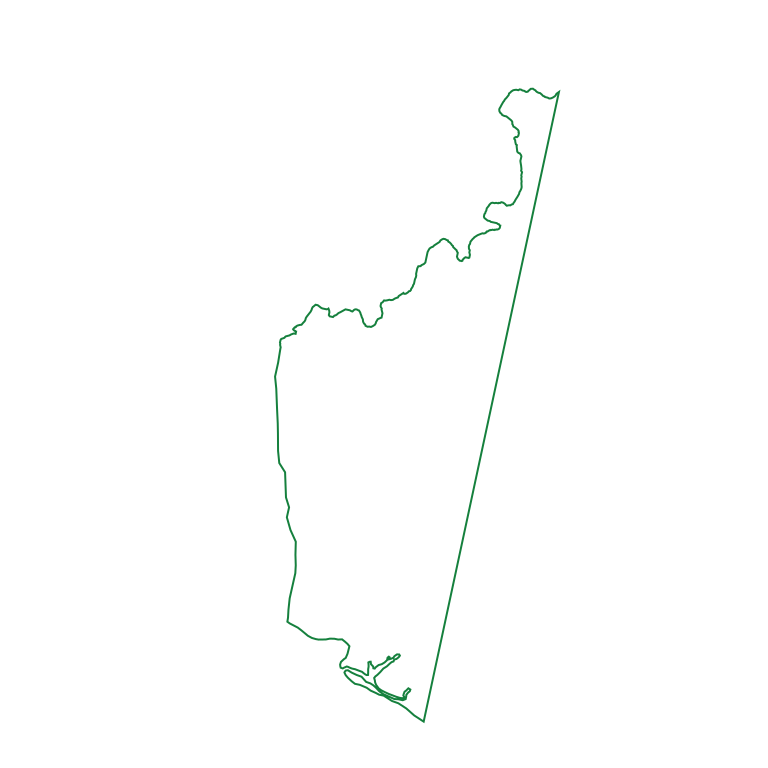 Juan Francisco Bulnes, Gracias a Dios, Honduras, rotated 192°
{"feature_id": "27666195B12686081930969", "entity_name": "Juan Francisco Bulnes", "entity_type": "district", "adm_level": 2, "iso_a3": "HND", "parent_name": "Honduras", "parent_adm1": "Gracias a Dios", "projection": "orthographic", "projection_center": [-84.929, 15.724], "detail": "fine", "context": "isolated", "style": "outline", "palette": "green", "viewbox_px": 768, "rotation_deg": 192, "n_neighbors": 0, "source": "geoboundaries", "source_scale": "gbopen_adm2", "svg_char_len": 6089}
<svg xmlns="http://www.w3.org/2000/svg" viewBox="0 0 768 768"><g transform="rotate(192 384 384)"><path d="M429.1,131.4L426.4,130.2L422.4,129.1L417.7,127.8L413.5,125.8L406.1,121.9L401.7,120.6L397.6,120.3L394.9,120.4L390.9,121.3L387.6,122.1L383.9,123.7L379.5,124.5L375.8,124.5L371.9,125.5L368.5,123.8L365.7,122.2L363.3,120.3L363.4,117.8L363.5,115.1L363.6,112.5L364.5,108.1L366.0,106.5L368.3,103.2L368.6,100.5L368.1,98.9L367.4,97.5L365.2,97.2L363.9,98.4L362.8,99.1L361.8,99.9L360.7,99.9L358.1,99.3L356.0,99.0L353.0,99.0L348.5,98.3L345.6,97.9L343.8,96.9L341.8,96.0L340.4,95.7L339.1,96.1L339.5,98.4L340.2,101.8L340.3,104.3L340.7,106.1L341.4,108.4L340.3,109.3L339.3,109.6L338.5,107.3L337.3,106.4L335.8,105.4L335.3,103.7L333.9,103.7L333.2,105.2L330.8,108.0L327.9,109.5L325.5,111.8L323.6,114.5L323.6,117.1L322.6,118.3L321.6,117.8L321.8,115.8L319.7,116.9L317.9,118.2L317.2,120.0L315.1,122.2L312.9,122.6L312.0,121.6L312.7,120.0L313.8,118.6L314.7,117.6L316.7,116.6L317.0,114.6L318.8,113.5L320.5,111.3L322.5,108.4L325.5,105.5L327.8,101.4L330.0,98.1L331.7,96.1L332.5,94.4L331.3,92.1L330.6,90.2L329.2,88.1L325.9,85.1L322.9,83.8L319.2,82.8L314.8,81.8L310.8,81.2L307.1,80.6L303.5,80.3L301.3,80.4L299.2,80.9L299.3,82.3L300.3,83.3L300.3,84.7L299.9,87.3L298.7,88.6L297.6,90.3L296.9,91.4L294.7,90.6L294.9,88.8L296.2,87.3L297.5,84.7L297.3,82.9L297.3,80.3L299.9,78.6L304.5,78.6L308.4,78.0L313.6,79.1L319.9,80.4L324.6,82.4L328.9,85.4L331.9,87.1L335.0,88.3L339.5,88.9L345.1,93.0L350.2,93.7L355.7,95.0L359.8,96.5L361.8,95.8L362.5,94.6L362.7,93.5L360.9,91.2L358.3,89.2L353.8,86.5L350.1,84.7L345.1,84.7L337.8,83.3L333.3,81.3L327.8,80.1L324.2,79.1L319.5,79.1L310.3,75.6L303.6,74.7L294.8,71.3L285.6,66.1L275.0,62.0L273.6,706.0L275.6,703.8L276.1,702.1L276.7,701.0L278.4,699.3L280.1,698.1L281.8,697.6L283.4,698.1L286.2,698.2L286.8,698.7L287.9,698.7L289.0,699.3L289.6,699.8L291.8,701.0L293.5,701.0L295.2,701.5L296.3,702.1L296.9,702.7L298.5,703.2L299.7,703.8L301.9,703.2L303.0,701.5L303.6,701.0L304.1,699.9L305.3,699.3L306.4,699.3L307.5,699.9L309.7,699.9L310.9,700.4L312.5,700.4L313.7,699.3L315.9,699.3L317.6,698.7L318.7,698.2L320.4,696.5L321.0,695.4L322.1,694.2L322.1,692.6L323.8,689.2L324.9,687.5L325.4,685.8L326.0,684.7L327.1,681.3L327.7,679.1L328.3,677.4L328.3,676.2L327.7,674.6L327.1,674.0L326.6,673.4L325.5,672.9L324.3,671.7L322.1,671.2L319.9,671.2L315.4,668.9L314.3,668.3L313.7,667.8L313.1,667.2L312.6,665.5L312.6,665.0L312.0,664.4L310.9,662.7L309.2,662.2L305.9,660.5L304.8,659.3L304.8,658.2L304.2,657.6L304.2,654.8L304.8,653.7L305.3,653.1L306.4,653.1L307.6,652.0L307.6,650.9L306.4,649.8L305.9,648.1L304.8,645.8L303.7,645.3L303.7,644.1L302.0,639.1L301.4,638.5L300.3,637.9L299.2,637.9L297.5,636.3L296.9,635.1L297.0,630.6L296.4,628.9L295.3,626.1L294.2,622.7L294.2,621.1L293.0,619.9L293.1,616.6L292.5,615.4L292.5,613.7L291.4,610.4L291.4,609.2L290.8,607.0L290.3,605.3L290.3,603.6L290.8,601.4L291.4,599.7L291.4,598.0L292.5,594.6L293.6,591.8L294.2,589.5L294.8,588.4L295.3,586.7L296.4,586.2L297.6,585.0L298.1,585.0L299.8,584.5L300.9,583.9L302.1,584.5L302.6,585.0L303.7,585.6L305.4,586.2L307.1,586.2L308.2,585.1L309.3,585.1L309.9,584.5L312.1,584.5L313.3,583.9L315.5,583.9L316.6,583.4L317.2,582.8L318.3,581.1L318.3,580.6L320.0,577.2L320.0,574.9L320.5,573.2L320.5,572.1L321.1,571.0L321.1,568.7L320.6,567.6L320.0,567.1L316.6,565.4L314.4,565.4L313.3,564.8L307.1,564.8L306.0,564.2L304.9,564.2L303.8,563.1L303.2,563.1L303.2,560.8L303.8,559.7L304.3,559.2L305.4,558.6L306.0,558.6L307.1,558.0L307.7,558.0L308.2,557.5L309.9,557.5L311.0,556.9L311.6,556.9L312.2,556.4L312.7,556.4L314.4,554.7L315.0,554.7L315.5,554.1L315.5,553.5L316.7,552.4L317.8,551.9L318.9,551.9L320.0,551.3L323.4,549.0L326.2,546.2L326.7,545.1L327.3,544.5L329.0,541.2L329.0,538.9L329.5,537.8L329.6,536.1L329.0,533.9L327.9,532.7L327.9,530.5L326.8,528.2L326.8,525.4L327.3,524.9L330.7,524.9L331.8,523.7L332.4,522.6L332.9,522.0L332.9,520.9L333.5,520.4L335.7,520.4L336.3,520.9L337.4,521.5L338.0,522.0L339.1,523.7L339.1,527.7L340.2,528.8L340.8,529.9L341.9,530.5L343.6,531.6L344.7,532.2L345.2,533.3L346.4,533.9L347.5,535.0L349.1,536.1L350.8,536.7L351.4,537.8L352.5,537.8L354.2,538.4L355.9,538.4L357.0,537.8L358.7,536.1L359.2,534.5L363.7,530.0L364.8,528.3L366.0,527.7L367.6,526.0L368.2,524.3L368.8,522.1L368.8,511.4L369.9,509.7L372.1,508.0L372.7,506.9L374.9,506.3L375.5,504.1L375.5,498.4L375.0,496.8L375.0,495.1L375.5,492.8L375.5,488.3L376.1,486.6L376.1,485.5L376.7,483.8L377.2,482.7L377.2,481.6L377.8,480.4L378.9,479.9L379.5,478.8L381.1,477.1L382.3,476.5L383.4,476.5L383.9,477.1L387.9,473.1L388.4,471.5L389.6,470.9L391.2,469.8L392.9,468.1L394.6,467.5L396.3,467.5L398.5,466.4L400.2,465.8L401.3,465.8L402.4,463.6L403.6,462.5L403.6,459.6L403.0,458.5L401.9,457.4L401.9,456.3L400.2,452.9L400.2,448.4L401.3,447.8L401.9,447.3L403.6,446.1L404.7,442.8L404.7,441.6L405.3,440.0L407.0,438.3L408.6,437.1L410.3,437.1L412.0,436.6L414.2,437.1L414.8,438.3L415.9,438.8L417.0,440.0L417.6,441.1L418.1,442.8L419.8,445.0L420.4,446.2L421.5,447.8L422.1,449.0L422.6,449.5L423.7,450.7L424.3,450.7L426.0,451.2L427.1,451.2L428.2,450.7L428.8,450.1L429.9,448.4L431.0,448.4L432.7,449.0L437.2,449.0L441.7,445.1L443.3,443.9L444.5,442.2L445.6,441.1L446.7,440.6L447.8,438.9L451.2,438.9L451.7,439.4L452.3,440.0L452.3,442.8L452.9,444.5L454.0,446.2L454.5,445.6L455.7,445.1L460.1,445.1L461.8,445.6L462.9,446.2L465.2,447.3L467.4,447.3L469.1,445.1L469.7,444.5L470.2,442.8L470.2,441.7L470.8,439.5L473.6,433.8L474.2,432.1L474.2,430.5L474.7,428.8L475.8,427.1L477.0,424.8L478.6,424.3L480.9,423.1L482.0,422.0L482.0,421.5L482.6,420.9L483.1,420.9L484.3,418.7L483.7,418.1L482.6,417.5L482.0,417.5L481.5,417.0L480.9,417.0L480.9,414.7L482.6,414.7L483.7,414.1L485.4,413.0L486.5,411.9L489.9,410.2L490.4,409.7L491.0,408.5L492.7,407.4L493.8,406.8L494.3,405.7L494.4,402.9L493.8,401.8L493.8,400.7L492.7,398.4L492.7,396.9L492.0,382.8L492.1,368.6L488.4,357.0L483.5,337.7L479.8,323.6L477.4,313.3L473.7,296.5L470.0,284.9L462.4,277.1L456.3,252.7L451.2,243.6L451.3,233.4L445.1,221.7L437.5,211.4L435.1,198.5L432.6,188.2L431.4,180.5L431.7,154.8L430.5,143.2L429.3,135.5L429.1,131.4Z" fill="none" stroke="#15803d" stroke-width="2"/></g></svg>